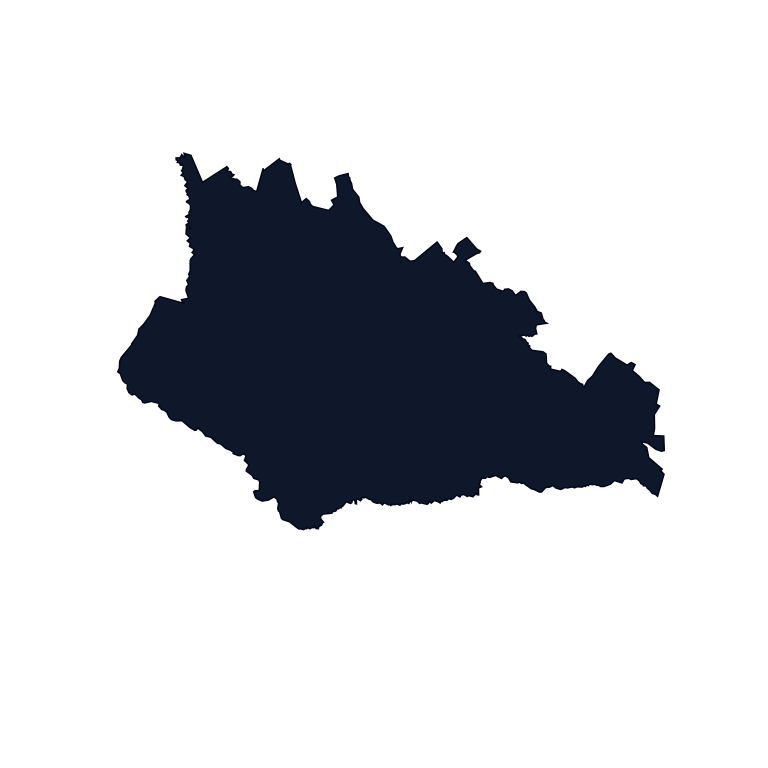 the district of Cuauhtémoc, Colima, Mexico, rotated 120°
{"feature_id": "50627088B85781169785703", "entity_name": "Cuauhtémoc", "entity_type": "district", "adm_level": 2, "iso_a3": "MEX", "parent_name": "Mexico", "parent_adm1": "Colima", "projection": "natural_earth1", "projection_center": [-103.581, 19.339], "detail": "fine", "context": "isolated", "style": "filled", "palette": "ink", "viewbox_px": 768, "rotation_deg": 120, "n_neighbors": 0, "source": "geoboundaries", "source_scale": "gbopen_adm2", "svg_char_len": 6167}
<svg xmlns="http://www.w3.org/2000/svg" viewBox="0 0 768 768"><g transform="rotate(120 384 384)"><path d="M506.6,620.7L506.9,617.5L511.7,611.9L512.5,609.0L512.3,606.2L516.4,604.1L519.0,600.6L519.5,596.8L517.2,594.8L518.7,589.6L518.9,586.0L520.5,583.7L520.1,581.8L515.4,576.8L513.5,569.8L514.1,568.2L515.7,568.2L517.2,563.8L516.6,561.0L517.1,557.8L520.2,553.5L521.1,550.3L520.0,545.8L516.8,540.6L518.7,530.3L518.8,524.7L518.0,523.6L515.2,523.3L516.1,517.3L518.2,512.4L516.7,507.3L518.6,498.7L517.6,495.5L518.9,488.6L518.2,484.7L518.3,479.7L519.6,479.9L519.6,479.3L518.8,474.3L517.9,472.6L515.2,471.3L514.7,468.7L515.6,467.4L520.0,466.7L521.5,460.5L526.9,460.4L528.3,459.7L529.0,452.7L530.8,449.5L529.7,444.4L531.1,442.6L538.0,439.1L539.0,439.1L540.9,442.4L542.7,442.9L546.5,438.4L546.9,436.0L546.3,430.9L542.2,426.0L536.9,422.9L537.0,420.7L537.4,418.7L539.2,417.3L539.6,415.8L545.0,413.7L546.6,412.1L547.0,410.3L551.6,405.7L552.0,403.8L550.6,397.1L552.2,385.3L551.2,384.1L550.3,380.8L548.7,380.0L548.0,378.6L546.8,378.9L546.4,375.7L544.5,374.7L543.4,372.8L541.9,372.9L543.1,370.5L542.1,368.5L540.2,369.2L537.4,367.5L535.1,367.9L533.9,367.3L532.7,370.8L531.4,372.3L530.3,372.8L527.1,371.7L522.0,364.6L519.9,364.4L518.2,362.3L516.2,362.1L515.4,362.9L514.9,361.0L513.0,360.3L512.7,359.2L511.3,359.5L510.9,358.7L504.9,357.8L504.2,353.3L503.0,352.6L500.4,353.3L499.2,352.7L500.4,349.9L501.9,349.1L501.6,347.9L497.8,350.2L496.7,349.3L496.9,346.0L494.9,345.6L494.3,346.7L493.2,346.4L492.7,344.5L491.2,343.2L491.3,339.1L490.6,337.9L491.5,334.4L491.2,332.0L490.7,330.2L489.0,328.2L489.4,324.9L486.8,324.5L486.4,319.6L485.6,319.0L485.8,317.3L484.3,317.0L484.2,315.9L483.1,315.5L483.1,314.1L481.6,313.0L481.0,309.6L479.1,309.3L479.0,308.4L478.2,308.1L478.4,307.3L477.1,306.9L477.4,306.1L475.2,304.4L475.0,302.7L471.9,303.7L472.7,301.6L471.9,302.1L471.2,301.1L470.0,301.2L468.9,296.6L469.5,293.3L468.4,292.5L466.7,286.6L465.2,285.8L464.1,286.4L463.3,285.1L463.5,283.5L459.8,282.2L458.9,278.4L459.0,275.9L457.4,276.2L456.7,274.8L454.9,274.3L453.2,271.3L450.9,270.6L450.5,268.3L448.2,266.6L444.6,265.8L443.8,264.6L443.9,261.8L441.4,261.6L439.7,259.4L439.8,255.7L438.2,254.6L437.2,250.6L432.5,249.4L433.4,248.0L432.7,246.6L426.8,250.2L424.2,248.1L423.3,251.6L421.2,251.3L420.2,252.2L416.5,252.0L414.9,249.0L412.9,248.5L412.0,245.7L407.4,241.7L407.1,235.0L404.0,234.1L402.8,232.7L403.0,229.2L405.4,225.2L402.7,218.7L401.4,217.9L401.3,215.1L400.1,213.6L401.1,203.7L400.4,202.5L399.8,195.0L398.6,193.5L392.7,192.2L390.3,188.8L387.5,187.1L388.1,183.0L387.0,178.3L383.2,175.5L382.3,173.2L379.0,169.5L378.7,167.2L376.5,165.4L374.2,160.9L372.1,159.5L372.0,158.3L370.1,157.8L369.7,156.1L368.0,156.1L366.9,153.0L365.5,151.3L365.2,148.7L364.3,147.4L364.5,145.1L362.6,142.0L357.3,137.7L352.4,136.2L350.7,128.4L346.7,128.5L345.4,127.7L343.4,125.0L343.1,122.3L339.7,118.0L340.2,114.5L341.8,111.7L341.7,109.2L342.4,108.5L341.2,105.9L342.5,104.0L343.0,100.8L344.6,97.2L343.9,93.6L344.5,90.9L322.1,96.4L320.9,100.9L318.7,100.5L315.4,117.9L307.6,124.7L306.9,130.0L305.2,131.9L303.4,126.2L304.6,115.8L303.5,110.1L301.5,108.0L289.2,115.7L294.0,125.0L287.3,127.4L275.2,134.7L265.3,134.2L265.2,138.3L251.6,142.8L249.8,154.8L252.4,159.2L249.9,166.5L248.2,175.7L241.7,176.2L241.7,180.6L246.1,182.9L245.8,196.7L243.9,202.9L245.9,204.4L261.6,207.0L272.9,207.4L279.0,209.4L286.4,209.2L286.0,211.4L285.0,211.8L285.5,214.2L285.1,217.5L283.5,221.0L282.1,234.3L282.4,237.3L284.5,237.2L285.0,238.2L287.8,247.1L285.3,248.5L285.8,250.4L284.7,253.6L277.0,258.7L276.6,262.4L280.8,272.6L279.8,276.6L278.3,276.7L278.1,279.1L276.7,279.5L276.5,281.4L274.9,284.2L275.4,285.8L274.8,290.6L271.3,286.8L271.4,284.8L270.0,284.0L270.3,282.4L268.8,280.9L268.8,279.9L267.3,278.8L265.8,278.9L264.2,276.7L259.9,280.7L256.6,281.6L249.9,273.3L249.9,275.9L248.8,277.3L249.1,277.9L243.9,283.3L244.5,287.6L241.8,292.1L238.6,300.2L234.0,306.3L233.8,308.7L235.3,311.7L241.7,314.4L239.2,319.5L239.4,323.7L241.6,326.8L244.1,327.0L245.5,334.1L243.5,339.0L242.4,340.0L243.1,343.0L247.5,348.6L240.7,361.2L241.1,363.0L238.6,368.9L236.7,370.5L236.3,375.6L224.7,369.0L222.6,366.9L220.7,366.7L220.7,371.2L215.8,385.5L225.4,390.1L228.5,390.2L235.1,389.8L234.7,388.8L235.7,385.0L237.1,383.6L243.7,384.5L241.7,392.5L241.4,395.1L242.2,395.9L240.2,397.3L241.0,399.5L237.9,401.5L234.5,409.0L261.9,419.2L264.7,422.9L263.6,429.4L265.4,432.4L265.0,433.9L263.3,435.2L256.6,436.0L259.8,439.5L260.0,441.1L256.6,447.3L252.5,451.9L247.4,462.7L247.6,475.6L242.5,489.7L239.1,495.8L234.8,499.2L231.1,508.6L226.7,512.2L224.6,515.3L222.6,516.8L222.3,518.3L219.7,520.3L226.0,526.8L230.2,529.7L234.8,524.7L245.1,517.6L251.1,521.3L253.9,516.8L261.3,518.6L265.9,534.6L265.1,537.7L263.2,539.9L262.3,544.1L268.2,546.1L254.7,561.1L241.5,574.1L240.4,574.4L240.2,576.3L241.4,576.8L242.3,586.1L241.3,587.3L259.9,595.0L257.6,596.5L281.1,590.5L281.6,594.1L280.7,596.2L280.9,600.0L284.5,604.5L283.8,608.2L280.9,609.9L280.4,612.2L280.3,614.1L281.1,615.2L282.0,619.7L281.3,620.7L279.6,618.9L277.8,618.6L278.3,621.1L277.1,622.1L276.8,623.5L278.1,625.1L278.1,626.1L275.2,626.5L274.3,628.7L300.1,642.0L282.5,665.5L284.2,672.5L286.9,669.8L287.6,670.1L286.5,673.9L290.2,673.7L292.1,677.1L293.8,676.1L293.8,673.7L295.4,673.8L294.7,671.4L296.3,669.8L294.7,667.0L299.0,665.8L300.5,666.0L301.5,663.5L304.7,664.0L304.3,660.9L306.5,658.4L306.7,656.2L307.6,655.1L311.8,655.7L312.7,651.2L315.2,652.2L316.3,651.4L316.9,649.6L318.5,649.3L318.7,647.0L320.8,644.8L322.6,644.6L322.9,645.6L324.7,646.3L325.2,645.5L325.3,642.1L326.8,640.4L329.6,638.9L332.9,638.7L334.5,637.5L338.1,639.5L338.5,638.5L337.6,637.0L338.5,634.9L341.1,635.5L341.9,633.4L345.1,635.0L346.0,634.3L344.8,631.6L346.0,629.5L346.9,630.3L346.6,632.9L347.4,633.2L353.1,630.5L354.2,624.7L358.4,626.0L358.9,622.2L362.1,621.3L362.1,616.6L363.4,615.6L366.1,616.0L366.8,612.7L372.0,613.9L374.3,613.4L383.0,608.4L386.7,608.0L388.0,606.2L393.0,606.5L395.5,603.0L398.8,603.6L402.0,602.3L407.4,596.1L412.3,601.6L414.4,598.3L420.4,621.7L426.9,623.7L428.5,622.4L441.4,620.9L451.8,621.9L459.0,623.7L464.7,621.7L475.3,622.6L476.6,622.1L492.2,624.8L496.3,624.3L502.7,621.1L506.6,620.7Z" fill="#0f172a" stroke="#020617" stroke-width="1.5"/></g></svg>